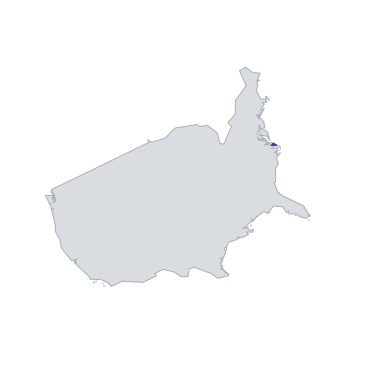 Currituck, North Carolina, United States of America shown in context, rotated 313°
{"feature_id": "52423323B36348632800300", "entity_name": "Currituck", "entity_type": "district", "adm_level": 2, "iso_a3": "USA", "parent_name": "United States of America", "parent_adm1": "North Carolina", "projection": "orthographic", "projection_center": [-75.925, 36.311], "detail": "fine", "context": "in_parent", "style": "filled", "palette": "violet", "viewbox_px": 384, "rotation_deg": 313, "n_neighbors": 0, "source": "geoboundaries", "source_scale": "gbopen_adm2", "svg_char_len": 4504}
<svg xmlns="http://www.w3.org/2000/svg" viewBox="0 0 384 384"><g transform="rotate(313 192 192)"><path d="M288.5,161.4L306.7,159.1L313.1,144.1L319.9,146.1L320.8,155.1L325.3,160.7L318.6,163.4L318.3,165.1L317.0,163.1L315.5,166.8L310.3,169.6L307.0,178.8L310.3,182.4L312.4,181.8L311.8,180.2L312.5,180.9L312.8,182.8L306.7,184.4L305.5,182.4L305.0,185.3L297.9,186.2L292.6,189.9L293.1,187.8L292.6,186.5L291.2,191.4L292.7,192.2L292.3,196.4L288.6,201.7L284.8,198.5L287.1,195.1L284.4,197.5L285.5,201.1L287.1,203.3L287.4,205.6L282.6,214.2L284.1,208.8L280.5,203.7L283.0,198.3L279.3,199.9L280.5,207.9L277.0,205.5L275.8,205.7L276.9,203.2L276.9,202.5L275.7,204.4L275.6,206.1L280.9,209.2L279.7,210.7L277.3,207.8L276.4,207.4L279.4,210.7L280.7,211.4L279.9,213.4L278.2,211.8L280.8,214.9L280.1,215.3L278.9,213.8L275.6,213.0L279.7,216.0L282.3,215.9L284.8,223.2L282.6,217.6L283.3,221.3L278.3,220.4L281.8,224.1L283.6,223.1L281.3,226.4L276.6,225.2L279.5,226.9L276.9,228.6L279.8,229.8L274.4,230.5L271.5,235.8L266.3,237.1L256.2,246.4L255.0,245.3L250.8,253.9L250.3,256.1L251.6,262.9L257.9,283.2L254.9,293.6L251.1,294.0L247.6,288.2L247.2,283.5L242.1,277.7L244.1,275.4L241.5,275.4L243.0,268.5L237.4,261.1L227.9,261.9L226.6,257.7L217.4,256.3L218.8,254.9L217.0,256.3L212.8,256.5L213.1,253.4L212.1,255.5L199.6,254.3L204.7,256.6L202.5,259.2L206.3,262.6L204.0,263.7L200.0,259.4L199.3,262.2L193.3,260.0L190.4,255.9L188.1,257.3L179.7,252.9L173.9,255.9L175.4,255.0L172.8,253.5L170.6,258.0L164.7,260.0L166.1,259.4L162.7,258.1L163.7,260.0L159.2,261.1L156.7,266.1L155.0,264.8L156.4,266.6L155.8,271.6L157.0,275.0L155.6,275.7L146.4,269.6L145.6,261.9L138.4,244.8L133.5,242.6L127.4,246.8L122.4,241.2L121.4,233.8L115.8,223.6L107.1,220.4L106.3,223.2L92.7,217.9L78.9,201.7L68.0,197.6L68.4,192.1L65.9,185.3L58.7,177.0L60.1,173.7L60.0,154.9L61.0,153.5L61.4,156.2L62.1,152.5L65.2,154.0L59.6,151.0L62.0,134.6L66.9,128.1L69.9,119.2L74.2,115.0L83.7,100.8L85.9,102.8L83.7,100.3L86.9,96.9L85.9,96.4L89.5,87.2L94.4,92.4L90.6,95.9L94.4,94.1L92.0,97.6L90.0,97.6L90.9,98.4L93.0,97.6L95.6,94.1L97.6,87.5L199.1,126.7L199.8,124.2L201.0,128.7L213.2,135.6L227.2,136.0L244.7,149.6L245.1,152.7L251.3,158.1L252.4,170.1L246.6,179.3L248.7,182.6L267.3,176.0L266.8,171.5L268.4,170.8L278.3,170.6L288.5,161.4ZM300.1,188.1L303.1,187.5L292.4,190.6L301.2,186.9L300.1,188.1ZM95.8,91.3L95.2,94.0L94.9,94.4L94.9,91.9L95.8,91.3ZM156.9,274.1L156.4,269.5L156.9,267.0L156.6,269.7L156.9,274.1ZM319.3,163.7L319.4,165.1L318.9,164.8L319.3,163.7ZM190.3,257.2L190.5,258.2L189.6,257.2L190.3,257.2ZM60.4,182.7L61.6,182.7L61.6,182.9L60.4,182.7ZM59.5,181.7L58.8,182.2L58.8,181.4L59.5,181.7ZM309.5,184.5L308.7,185.4L308.5,185.2L309.5,184.5ZM158.0,265.0L156.9,266.7L159.4,263.4L158.0,265.0ZM256.0,276.6L257.2,280.5L255.8,276.2L256.0,276.6ZM64.3,188.6L64.3,189.8L64.2,188.6L64.3,188.6ZM255.5,294.2L254.2,295.4L256.3,292.9L255.5,294.2ZM285.2,225.7L284.0,227.3L285.0,223.6L285.2,225.7ZM96.2,88.9L95.8,89.6L95.7,89.0L96.2,88.9ZM163.6,260.8L161.5,261.3L163.7,260.5L163.6,260.8ZM312.4,184.7L312.4,185.7L311.5,185.5L312.4,184.7ZM63.2,191.3L63.0,192.7L63.0,191.4L63.2,191.3ZM160.9,261.9L160.1,262.2L160.9,261.6L160.9,261.9ZM286.9,207.3L285.6,209.4L287.1,206.5L286.9,207.3ZM173.2,256.6L171.8,257.1L173.8,256.1L173.2,256.6ZM251.0,255.0L250.6,256.6L250.6,255.5L251.0,255.0ZM280.3,230.1L279.9,230.4L281.1,229.2L280.3,230.1ZM231.3,261.9L229.6,262.6L229.0,262.3L231.3,261.9ZM212.2,256.1L211.9,256.4L211.0,256.2L212.2,256.1ZM245.4,283.5L245.6,284.7L245.1,283.2L245.4,283.5ZM208.0,257.9L207.6,258.9L207.7,257.0L208.0,257.9ZM251.7,296.7L250.8,296.8L252.1,296.5L251.7,296.7ZM292.0,197.1L291.4,198.1L292.1,196.7L292.0,197.1ZM283.0,227.6L282.5,228.0L282.4,227.9L283.0,227.6Z" fill="#d9dde1" stroke="#a8b0b8" stroke-width="1"/><path d="M280.6,218.3L281.4,219.1L281.4,219.3L281.5,219.3L281.6,219.5L281.9,219.7L282.0,219.6L282.2,219.8L282.3,219.9L282.5,220.1L282.5,220.3L282.8,220.6L282.9,220.8L283.0,220.9L283.0,221.1L283.1,221.3L283.4,221.5L283.4,221.3L283.3,221.1L283.2,220.9L283.1,220.7L283.0,220.4L283.0,220.2L282.9,220.1L282.9,219.9L282.7,219.6L282.7,219.4L282.7,219.1L282.4,219.1L282.2,219.0L282.2,218.9L282.1,218.6L282.3,218.4L282.4,218.5L282.5,218.7L282.7,218.8L282.7,218.7L282.8,218.7L282.8,218.8L282.9,219.0L283.0,219.1L283.1,219.4L283.1,219.5L283.1,219.8L283.1,220.0L283.3,220.1L283.3,220.3L283.4,220.5L283.5,220.5L283.4,220.1L283.3,219.6L283.2,219.2L283.1,218.6L283.0,218.3L282.9,218.3L282.7,218.3L282.1,218.3L281.6,218.3L280.6,218.3L280.6,218.3Z" fill="#8b5cf6" stroke="#5b21b6" stroke-width="1.5"/></g></svg>